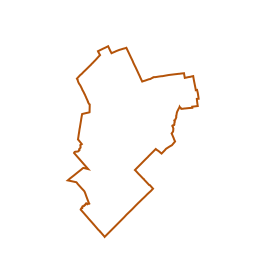 Voiteg, Timis, Romania (orthographic projection), rotated 149°
{"feature_id": "2599482B83976998300104", "entity_name": "Voiteg", "entity_type": "district", "adm_level": 2, "iso_a3": "ROU", "parent_name": "Romania", "parent_adm1": "Timis", "projection": "orthographic", "projection_center": [21.271, 45.473], "detail": "fine", "context": "isolated", "style": "outline", "palette": "amber", "viewbox_px": 256, "rotation_deg": 149, "n_neighbors": 0, "source": "geoboundaries", "source_scale": "gbopen_adm2", "svg_char_len": 5406}
<svg xmlns="http://www.w3.org/2000/svg" viewBox="0 0 256 256"><g transform="rotate(149 128 128)"><path d="M143.3,197.5L144.7,197.1L146.4,196.6L146.4,196.0L146.4,195.7L146.3,195.2L146.5,194.9L146.6,194.7L146.8,193.7L147.0,192.8L147.1,191.5L147.1,191.3L147.1,190.5L147.0,189.9L147.0,189.5L147.0,188.6L147.1,187.7L147.1,187.4L147.1,187.1L147.3,185.2L147.4,184.4L147.5,184.2L147.5,183.9L147.5,182.6L147.6,181.0L147.6,180.8L147.8,179.9L147.7,179.6L147.8,178.5L148.0,177.3L148.1,176.0L148.2,175.6L148.3,175.1L148.3,174.7L148.4,174.0L148.5,173.0L148.6,172.2L148.7,171.6L148.8,171.4L148.7,171.2L149.0,170.4L149.0,169.9L149.0,168.6L148.7,167.9L149.8,166.1L150.7,164.7L151.6,163.3L152.5,161.8L152.9,161.3L154.0,161.6L154.9,161.9L155.7,162.2L160.1,163.6L160.3,163.4L161.1,162.5L163.1,160.2L163.8,159.4L164.0,159.1L168.1,154.3L168.9,153.3L169.4,152.8L170.1,152.0L170.6,151.4L171.8,149.9L173.5,147.9L174.4,146.8L174.8,146.3L176.3,144.5L176.7,144.0L176.8,143.9L176.6,143.2L176.4,141.7L175.9,138.0L177.7,137.9L178.3,136.4L178.6,135.9L178.8,135.6L180.8,135.0L181.1,134.5L181.0,134.1L182.2,133.8L182.4,133.6L183.0,133.7L183.6,133.9L184.2,134.2L184.8,134.5L185.4,134.8L186.0,134.9L186.4,134.8L186.8,134.6L187.1,134.4L183.6,114.9L183.3,113.3L186.5,116.5L186.9,116.8L187.1,116.8L187.4,116.8L189.9,116.4L193.8,115.9L198.8,115.2L203.7,114.6L206.6,114.1L205.4,113.0L200.2,108.1L200.0,107.2L200.0,106.5L199.7,104.7L199.4,103.2L198.8,100.1L198.3,97.9L198.0,96.3L198.0,96.0L198.3,93.9L198.9,91.0L199.6,87.2L199.8,86.1L200.1,84.4L200.2,83.4L200.2,83.1L200.5,83.1L200.7,83.3L200.9,83.5L201.1,83.6L201.4,83.6L201.6,83.6L201.5,83.8L201.8,84.0L202.1,84.0L202.4,84.2L202.3,84.7L202.4,84.8L202.6,85.0L202.8,85.0L203.2,84.9L203.4,84.7L203.5,84.6L203.8,84.4L204.1,84.3L204.3,84.1L204.6,84.1L204.8,84.2L204.9,84.3L205.0,84.3L205.1,84.1L205.6,83.8L206.0,83.9L206.7,84.1L206.8,84.2L207.1,84.1L207.5,84.2L207.9,83.9L208.0,83.6L208.1,83.3L208.2,83.1L208.4,83.0L208.5,82.9L208.7,83.0L209.0,83.3L209.3,83.2L210.5,82.6L210.6,82.4L209.8,78.3L209.2,74.8L208.8,72.7L208.5,70.7L207.9,67.6L207.2,63.8L207.2,63.3L207.1,63.0L207.0,62.9L207.0,62.7L206.9,62.0L205.9,56.1L205.7,55.4L205.3,53.8L205.3,53.6L205.2,53.6L205.1,52.8L204.8,51.0L204.1,47.2L204.1,46.7L183.9,51.8L177.2,53.5L173.8,54.5L166.3,56.2L161.1,57.6L157.5,58.5L157.2,58.6L156.9,58.6L151.9,59.8L151.3,59.9L148.2,60.6L145.2,61.4L144.3,61.5L143.9,61.7L143.6,61.7L141.0,62.2L137.8,63.1L138.7,67.8L139.2,68.2L139.4,69.1L140.4,73.8L140.7,74.9L140.7,76.1L141.0,76.5L142.2,81.8L142.4,82.5L142.5,82.8L143.3,86.9L143.5,87.7L143.7,88.4L141.8,88.9L139.5,89.5L138.7,89.7L135.1,90.6L133.2,91.1L129.7,92.0L127.2,92.6L125.8,92.9L125.4,93.1L121.4,94.1L119.3,94.6L115.0,95.7L114.6,94.3L114.5,94.2L114.2,93.6L113.8,92.8L113.3,91.5L112.9,90.2L112.4,88.8L109.3,89.6L107.8,90.0L107.2,90.2L106.7,90.4L105.9,90.6L105.1,90.6L102.3,90.7L100.4,90.7L99.7,90.6L99.3,90.6L95.2,92.0L94.6,92.2L94.3,94.8L94.1,95.6L93.5,100.0L93.4,100.8L93.1,100.8L92.8,101.1L92.5,101.2L92.2,101.3L91.7,101.6L91.3,101.7L91.0,102.0L90.9,102.1L90.5,102.6L90.4,102.8L90.2,103.0L90.0,103.4L89.9,103.5L89.4,104.1L89.3,104.5L89.3,105.0L89.0,105.8L88.9,106.1L89.0,106.3L89.0,106.9L88.9,107.1L88.7,107.2L88.3,107.2L87.8,107.1L87.3,106.9L86.9,106.8L86.7,106.9L86.5,107.1L86.0,108.0L85.8,108.2L85.5,108.5L85.3,108.8L85.1,108.9L84.9,109.0L84.7,109.2L84.6,109.4L84.6,109.6L84.6,109.8L84.6,110.1L84.5,110.6L84.3,110.7L83.8,110.5L83.4,110.6L83.1,110.8L82.9,111.0L82.7,111.2L82.0,111.6L81.1,112.3L81.0,112.5L80.9,112.6L80.7,113.0L80.6,113.3L80.6,113.5L80.1,113.8L79.8,114.1L79.5,114.5L78.2,116.0L77.7,116.4L77.4,116.7L76.3,117.4L75.1,118.1L74.7,118.4L73.6,119.0L73.0,119.4L72.9,119.5L72.9,119.4L72.8,119.2L72.5,118.2L72.4,117.8L72.5,117.4L72.5,117.0L72.4,116.9L70.7,116.1L69.7,115.7L68.7,115.2L68.3,115.0L67.4,114.6L67.2,114.5L65.7,113.8L62.5,112.2L62.2,112.8L62.0,113.2L59.8,112.2L56.9,110.9L55.7,113.8L54.9,115.6L54.5,116.5L54.0,117.5L52.4,116.7L51.6,118.5L51.5,118.8L51.3,119.3L50.7,120.7L50.1,122.2L49.9,122.9L49.2,125.1L50.4,125.5L50.2,125.9L48.4,130.9L47.4,133.7L46.2,136.9L45.4,138.9L46.9,139.4L48.6,139.9L48.7,140.0L49.0,140.1L50.5,140.7L51.2,140.9L53.5,141.7L52.3,144.9L51.8,146.1L54.8,147.5L55.6,147.8L56.2,148.1L57.2,148.6L58.8,149.3L60.1,149.9L62.8,151.1L65.7,152.4L67.0,152.9L69.1,153.7L70.2,154.1L71.8,154.7L72.3,155.0L73.4,155.5L74.8,156.1L76.3,156.7L78.3,157.5L79.0,157.9L79.5,158.2L79.9,158.4L80.3,158.5L80.7,158.3L81.9,158.5L82.9,158.5L83.7,158.5L84.9,159.0L86.3,159.3L88.9,159.8L90.8,160.3L91.6,160.4L91.9,160.5L91.5,164.5L91.5,164.9L91.3,165.9L91.2,166.8L91.0,169.0L90.8,170.7L90.6,172.6L90.4,174.6L90.2,176.5L90.2,176.9L90.0,179.1L89.8,181.3L89.5,183.1L89.2,186.2L89.2,186.8L89.1,187.4L89.0,188.3L88.9,189.5L88.7,191.4L88.4,194.6L88.2,196.5L88.1,197.6L88.7,197.7L89.2,197.8L91.2,198.4L93.7,199.0L94.8,199.3L95.1,199.4L96.9,199.7L98.6,200.0L99.8,200.1L101.3,200.3L102.7,200.5L103.6,200.6L103.5,201.9L103.5,202.9L103.1,206.6L103.0,207.5L102.9,208.3L104.1,208.4L105.5,208.5L107.5,208.7L108.1,208.8L109.5,208.9L111.9,209.1L114.2,209.3L114.3,208.6L114.3,207.6L114.4,206.5L114.4,204.9L115.4,204.6L116.6,204.3L119.5,203.4L120.2,203.2L121.2,202.9L123.2,202.4L124.5,202.0L125.4,201.8L125.6,201.8L126.9,201.4L127.4,201.2L128.1,201.1L128.9,200.9L131.0,200.4L132.2,200.1L135.1,199.4L135.3,199.4L136.3,199.1L136.7,199.1L138.8,198.5L140.0,198.2L140.3,198.1L141.1,198.1L142.3,197.8L143.3,197.5Z" fill="none" stroke="#b45309" stroke-width="2"/></g></svg>